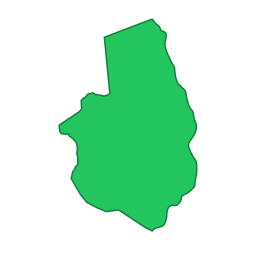 the district of Timon, Maranhão, Brazil, rotated 353°
{"feature_id": "56859067B25713173966314", "entity_name": "Timon", "entity_type": "district", "adm_level": 2, "iso_a3": "BRA", "parent_name": "Brazil", "parent_adm1": "Maranhão", "projection": "robinson", "projection_center": [-42.991, -5.173], "detail": "fine", "context": "isolated", "style": "filled", "palette": "green", "viewbox_px": 256, "rotation_deg": 353, "n_neighbors": 0, "source": "geoboundaries", "source_scale": "gbopen_adm2", "svg_char_len": 2667}
<svg xmlns="http://www.w3.org/2000/svg" viewBox="0 0 256 256"><g transform="rotate(353 128 128)"><path d="M60.0,116.8L59.9,118.2L59.9,119.8L59.9,121.4L59.9,122.6L60.2,124.0L61.1,125.5L68.0,127.0L68.9,128.8L69.9,129.9L71.1,130.9L72.2,131.9L72.6,133.0L73.2,133.8L74.3,135.0L74.8,136.6L75.3,138.3L75.2,140.1L75.2,141.7L75.3,143.0L74.8,144.2L74.3,146.0L74.0,147.6L74.3,149.0L74.6,150.3L74.5,151.6L74.3,152.9L74.0,154.9L74.0,156.4L73.6,157.9L72.9,158.9L71.9,159.6L70.8,160.4L70.4,161.9L69.9,163.0L68.9,163.8L68.0,164.4L67.4,165.7L66.9,167.1L66.6,168.3L66.0,169.7L65.4,171.2L66.5,173.7L70.3,182.8L71.8,186.1L72.8,188.5L73.6,189.7L76.7,194.6L77.4,195.6L78.1,196.7L79.4,197.7L80.8,198.7L82.2,199.7L84.7,201.5L88.7,204.0L89.8,204.6L93.4,206.8L94.2,207.3L95.9,208.3L97.8,208.3L98.9,208.3L100.7,208.3L103.3,208.3L104.6,208.3L105.8,208.2L108.8,208.2L110.3,209.5L128.5,225.1L133.1,228.9L139.4,233.1L141.2,231.6L142.9,231.0L144.5,230.6L145.9,230.3L149.4,229.8L151.1,229.0L152.1,228.2L153.7,225.8L154.3,224.6L155.0,222.3L155.7,220.4L156.1,217.7L157.0,214.4L157.7,213.0L159.3,211.1L160.1,210.6L162.3,210.1L164.7,210.6L165.7,210.7L167.8,210.3L169.3,208.9L170.9,207.5L171.9,205.8L172.9,202.8L173.7,201.9L174.8,201.5L175.8,200.9L177.7,200.4L181.4,198.5L184.0,196.6L185.0,195.8L186.3,194.6L187.2,193.4L187.7,191.2L188.1,189.4L189.2,185.3L190.3,182.6L191.0,178.9L191.6,173.3L191.6,170.4L191.2,168.3L189.6,165.6L187.9,161.3L186.7,157.6L185.8,153.4L186.3,150.9L188.2,148.2L191.4,144.6L193.8,141.2L195.4,138.0L195.9,135.6L196.1,131.9L195.1,128.3L194.8,125.6L194.7,124.2L194.5,121.3L194.2,119.1L193.2,117.6L192.4,116.3L191.6,115.1L191.2,113.4L191.0,112.0L190.6,110.4L190.2,107.9L190.1,106.7L189.9,105.0L189.8,102.9L189.8,100.8L189.5,99.3L189.2,98.1L188.5,96.7L187.6,95.6L186.5,94.5L185.4,92.9L184.2,91.6L183.4,90.7L182.7,89.2L182.3,87.5L182.0,86.1L181.4,83.1L181.4,81.3L181.4,76.8L181.5,75.6L181.5,74.3L181.3,73.1L180.9,72.0L180.2,70.3L179.4,68.5L178.7,67.0L177.5,62.8L176.0,58.6L175.6,56.1L175.0,52.8L174.7,51.5L175.0,48.6L175.4,47.0L176.0,45.3L176.6,43.6L177.1,41.3L177.2,38.6L176.0,37.2L174.0,36.0L173.0,35.4L172.3,34.1L171.7,31.5L170.5,29.9L168.1,27.7L166.2,24.2L165.2,22.9L158.9,24.4L148.2,27.0L127.6,32.1L115.6,35.1L115.5,38.0L114.9,62.0L114.2,89.7L114.2,91.2L113.5,92.0L112.2,92.3L111.3,93.3L110.3,92.9L109.3,93.2L107.5,93.3L106.0,92.5L105.0,92.2L103.8,91.9L102.7,91.6L101.8,91.3L100.2,91.0L99.1,90.2L98.3,89.3L97.2,88.7L95.8,89.2L93.6,89.3L92.1,89.6L90.8,90.8L89.7,92.0L88.7,92.5L87.2,93.0L86.1,94.0L84.9,94.9L84.4,101.5L84.4,102.9L83.8,103.9L81.0,106.3L79.2,107.0L71.5,111.0L68.4,112.5L61.9,115.8L60.9,116.3L60.0,116.8Z" fill="#22c55e" stroke="#15803d" stroke-width="1.5"/></g></svg>